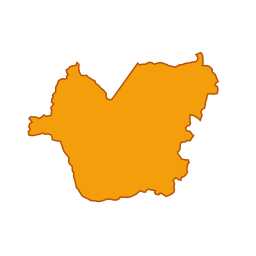 outline of Campos Verdes, Goiás, Brazil, rotated 77°
{"feature_id": "56859067B87172144866802", "entity_name": "Campos Verdes", "entity_type": "district", "adm_level": 2, "iso_a3": "BRA", "parent_name": "Brazil", "parent_adm1": "Goiás", "projection": "orthographic", "projection_center": [-49.665, -14.2], "detail": "fine", "context": "isolated", "style": "filled", "palette": "amber", "viewbox_px": 256, "rotation_deg": 77, "n_neighbors": 0, "source": "geoboundaries", "source_scale": "gbopen_adm2", "svg_char_len": 2744}
<svg xmlns="http://www.w3.org/2000/svg" viewBox="0 0 256 256"><g transform="rotate(77 128 128)"><path d="M172.7,76.5L171.7,80.0L170.3,82.8L167.3,83.8L165.2,84.9L162.6,85.1L161.1,82.6L157.9,81.3L155.6,80.9L153.9,79.0L154.4,75.7L153.6,72.5L154.4,70.3L152.3,68.3L150.2,65.8L147.7,67.4L145.3,68.3L143.6,71.7L140.8,71.8L139.5,70.1L139.3,67.5L137.7,66.1L134.9,66.0L131.8,65.3L129.1,64.7L130.2,61.9L132.1,59.7L134.0,57.7L136.9,55.9L134.4,54.4L131.9,52.9L128.8,53.5L127.0,52.2L125.7,48.8L122.5,47.5L119.2,46.2L117.0,44.6L114.6,43.9L113.0,42.6L113.0,40.2L114.1,37.8L114.4,33.3L110.8,31.7L107.8,31.6L106.0,33.4L104.1,32.5L103.1,29.8L99.6,30.4L95.6,30.9L92.2,33.4L90.1,32.7L87.1,34.2L85.1,36.8L84.5,39.4L83.7,41.4L81.3,40.2L77.3,39.4L73.3,39.1L70.9,40.2L71.3,42.6L71.8,45.3L74.2,44.3L76.7,44.3L78.6,46.9L78.2,50.8L78.4,53.8L77.9,57.3L78.2,59.3L78.6,61.5L78.0,63.4L78.9,66.4L79.2,68.6L78.2,70.5L76.3,74.4L74.9,76.0L72.3,79.9L71.5,82.6L71.4,85.4L71.7,88.2L70.1,89.6L68.8,92.0L69.1,94.5L69.8,96.5L69.0,99.9L69.2,102.6L67.0,103.9L96.5,137.3L96.3,139.6L94.7,142.0L91.9,142.2L89.6,141.4L87.8,142.2L85.6,143.3L82.9,145.6L80.0,147.1L77.5,149.3L74.6,149.7L73.0,151.8L71.3,153.5L69.6,155.3L67.3,156.5L67.1,158.8L66.2,161.7L62.9,162.8L60.9,162.8L58.1,162.5L55.0,161.5L52.8,163.0L55.2,164.5L55.1,167.5L55.1,170.4L56.9,173.1L57.4,175.0L60.4,175.3L62.5,174.1L63.5,176.1L66.0,176.5L66.2,178.7L65.2,180.7L65.5,183.0L66.5,185.4L69.2,186.8L71.9,189.2L76.3,190.3L78.9,194.1L81.1,194.0L82.7,195.7L85.4,196.8L87.9,194.9L89.0,196.5L90.9,198.7L93.4,198.3L95.6,199.1L98.4,200.1L98.4,204.6L96.4,207.2L97.9,209.6L98.7,212.5L96.9,214.7L96.0,217.6L95.2,220.6L96.6,222.4L98.4,221.1L100.8,220.2L101.5,222.7L104.1,224.3L107.5,223.7L109.3,226.0L112.4,226.2L113.9,223.1L114.1,219.3L114.2,215.6L113.7,212.4L115.1,210.8L115.9,207.2L117.2,204.8L119.1,204.0L122.5,204.3L124.4,200.3L125.6,197.1L128.1,196.6L135.2,195.9L138.0,195.0L143.3,192.3L146.0,192.9L147.8,193.5L150.1,192.9L152.5,191.2L154.4,191.3L157.1,191.9L159.9,191.0L162.0,191.7L164.0,191.8L166.7,191.6L171.3,191.5L173.8,191.8L176.2,190.7L178.6,189.7L181.3,188.9L184.0,187.9L186.0,185.7L188.1,182.9L190.2,180.8L191.7,176.1L193.0,173.4L193.2,170.0L192.6,164.1L193.4,161.0L194.7,158.7L195.6,155.6L195.1,153.0L193.7,151.1L194.1,148.7L194.9,146.4L195.5,144.0L195.6,140.5L195.0,138.1L194.3,135.0L192.9,132.4L191.9,130.1L193.7,127.7L194.4,125.3L192.7,124.2L192.3,122.1L194.1,118.1L195.1,115.6L197.0,116.6L198.9,115.7L199.9,113.0L198.7,111.3L199.9,109.4L203.2,106.4L202.8,102.9L201.9,99.8L200.9,97.8L198.7,96.6L196.1,96.6L192.8,95.2L189.3,95.8L187.1,92.5L189.9,90.1L190.7,88.1L187.7,86.8L188.1,84.9L186.7,82.4L184.5,80.0L182.0,80.1L179.6,79.3L176.3,77.7L175.3,76.1L172.7,76.5Z" fill="#f59e0b" stroke="#b45309" stroke-width="1.5"/></g></svg>